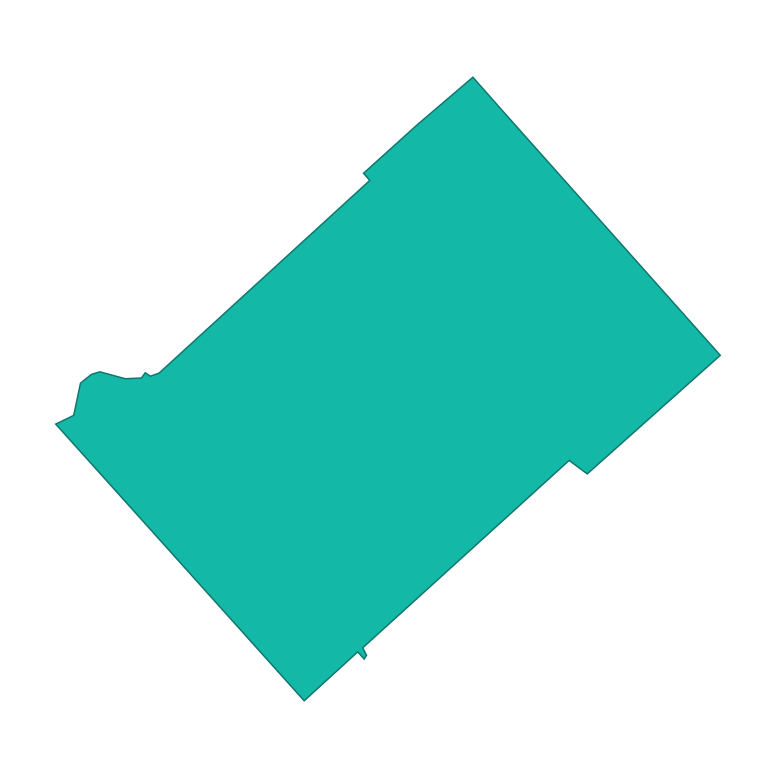 the district of Crow Wing, Minnesota, United States of America, rotated 48°
{"feature_id": "52423323B96229669667129", "entity_name": "Crow Wing", "entity_type": "district", "adm_level": 2, "iso_a3": "USA", "parent_name": "United States of America", "parent_adm1": "Minnesota", "projection": "natural_earth1", "projection_center": [-94.145, 46.481], "detail": "fine", "context": "isolated", "style": "filled", "palette": "teal", "viewbox_px": 768, "rotation_deg": 48, "n_neighbors": 0, "source": "geoboundaries", "source_scale": "gbopen_adm2", "svg_char_len": 470}
<svg xmlns="http://www.w3.org/2000/svg" viewBox="0 0 768 768"><g transform="rotate(48 384 384)"><path d="M587.7,114.9L256.8,113.1L215.5,112.7L213.6,185.4L213.7,258.2L223.2,258.4L225.4,543.8L221.9,552.4L215.9,553.9L217.2,560.3L206.9,572.8L184.8,587.0L181.1,594.9L180.3,609.0L199.7,635.6L194.1,654.8L316.8,654.9L566.0,655.3L565.5,582.8L575.1,582.8L573.9,578.5L565.8,576.3L564.7,297.6L586.8,293.1L587.7,114.9Z" fill="#14b8a6" stroke="#0f766e" stroke-width="1.5"/></g></svg>